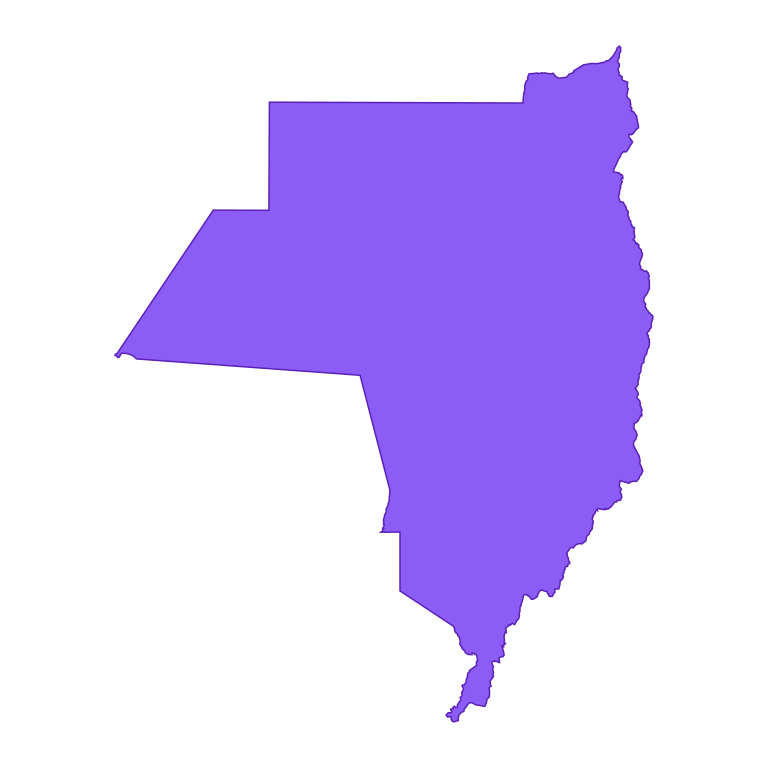 Poman, Catamarca, Argentina
{"feature_id": "61730980B48511689100190", "entity_name": "Poman", "entity_type": "district", "adm_level": 2, "iso_a3": "ARG", "parent_name": "Argentina", "parent_adm1": "Catamarca", "projection": "natural_earth1", "projection_center": [-66.149, -28.302], "detail": "fine", "context": "isolated", "style": "filled", "palette": "violet", "viewbox_px": 768, "rotation_deg": 0, "n_neighbors": 0, "source": "geoboundaries", "source_scale": "gbopen_adm2", "svg_char_len": 6070}
<svg xmlns="http://www.w3.org/2000/svg" viewBox="0 0 768 768"><path d="M476.4,661.8L476.5,665.5L469.4,670.5L469.4,671.8L468.1,672.8L467.4,675.0L467.5,676.8L466.2,679.7L466.3,681.5L464.4,684.9L462.4,685.0L462.0,685.8L463.4,688.5L463.3,689.8L461.7,692.5L462.2,695.6L460.2,697.4L460.8,700.1L457.4,704.7L457.7,705.6L457.1,707.1L455.9,707.5L454.4,706.2L453.1,707.2L453.0,708.8L451.0,708.9L450.7,709.8L451.8,711.6L451.3,712.6L448.2,712.8L446.1,715.0L447.5,717.0L451.2,716.7L451.1,719.1L451.9,719.9L451.8,720.7L453.6,721.9L458.3,720.6L458.3,717.1L459.2,714.8L461.3,712.4L463.8,711.4L464.6,708.4L466.8,706.1L467.3,704.8L469.8,702.6L472.8,703.1L475.3,704.7L484.9,706.4L486.5,702.5L486.9,699.2L488.8,697.6L489.5,696.2L489.5,690.0L489.0,688.5L489.7,686.9L491.1,686.3L490.3,683.9L490.3,680.7L492.8,677.6L492.8,676.5L493.5,676.4L492.9,674.4L493.5,673.1L492.7,668.7L493.5,666.7L492.0,664.2L492.1,662.0L494.4,660.8L494.7,661.4L497.5,661.6L498.5,662.5L499.5,662.6L499.2,658.2L499.6,657.2L503.1,656.6L503.1,655.8L504.0,655.5L503.9,653.0L501.9,645.7L503.6,646.7L504.0,644.1L505.0,644.0L505.5,643.4L504.2,642.6L504.4,639.7L504.0,636.7L505.0,632.5L506.4,632.6L505.9,629.0L506.2,627.7L508.7,625.8L509.1,624.7L510.1,625.3L512.3,623.3L514.6,624.6L517.6,619.6L518.5,619.1L519.5,615.6L518.9,614.2L519.8,612.0L520.1,606.8L521.1,605.8L521.2,603.6L522.1,601.9L523.7,595.3L524.6,594.7L527.6,594.8L527.6,595.6L529.4,596.5L531.2,599.2L533.2,599.2L536.4,597.4L537.5,596.3L537.9,594.3L539.4,591.4L540.0,590.7L542.0,590.2L547.1,591.8L548.8,595.9L550.1,596.6L552.5,596.2L553.6,593.7L554.9,592.3L554.8,589.0L558.8,589.0L559.8,585.1L560.3,580.6L561.4,580.3L561.9,579.0L562.7,578.9L563.4,576.3L562.8,574.9L564.1,572.4L564.0,570.9L565.2,569.1L565.0,567.5L565.7,566.7L567.6,566.4L567.7,564.7L569.7,563.4L569.6,561.9L568.7,561.0L568.2,557.8L566.9,555.7L567.4,554.4L566.6,553.2L570.4,547.8L571.5,547.4L573.4,547.9L574.6,546.1L576.2,544.7L579.3,543.5L581.7,544.0L585.9,540.9L586.8,536.0L589.3,534.1L589.6,532.2L592.3,528.8L592.5,524.8L593.3,523.0L592.8,521.8L593.1,520.8L592.2,519.7L592.9,517.2L592.7,515.7L593.5,515.6L593.7,514.6L595.1,513.3L595.5,511.3L596.6,509.9L597.4,510.5L597.0,509.4L597.7,508.7L604.4,509.7L605.1,508.7L605.6,509.2L605.7,508.7L606.9,509.2L607.3,508.7L608.5,508.8L611.2,506.7L614.7,502.0L616.4,502.1L617.2,500.7L620.5,500.2L621.8,497.3L621.3,494.1L620.2,492.5L620.4,490.9L621.4,489.1L619.2,486.2L620.1,480.7L629.1,483.3L630.4,481.9L633.8,481.2L636.5,481.4L639.1,478.4L639.8,475.9L641.2,474.6L642.7,471.3L642.7,470.4L642.1,470.3L642.2,468.8L639.5,462.7L640.2,461.4L639.1,455.9L633.7,445.9L633.5,443.6L633.8,441.6L635.7,439.5L637.1,434.7L635.8,430.9L634.5,429.6L633.8,427.7L634.3,424.2L634.0,423.3L636.5,422.5L637.8,421.2L640.2,417.0L640.4,415.6L641.9,415.9L641.8,413.6L641.1,412.1L642.1,410.2L639.9,404.4L640.5,403.3L639.5,401.4L639.7,400.7L636.8,397.8L636.9,396.7L638.3,394.7L637.9,392.2L636.5,390.5L636.4,389.6L635.2,388.7L638.3,384.2L637.8,382.6L639.2,377.4L638.8,375.4L640.9,371.3L640.9,367.7L641.6,366.4L641.6,364.2L644.0,362.2L643.7,360.5L645.0,355.8L646.6,353.9L647.3,349.9L649.1,346.7L649.5,342.7L649.1,342.3L649.4,340.7L649.0,339.7L649.4,339.2L648.3,338.1L648.4,335.4L647.5,335.4L646.9,334.3L647.6,332.1L649.3,330.8L649.7,329.1L651.2,327.7L651.4,325.5L651.0,323.8L652.6,319.3L652.9,316.7L652.6,315.3L651.4,315.0L649.6,312.8L648.8,312.9L648.4,311.4L646.2,309.0L646.3,308.2L645.4,307.4L645.3,306.2L645.7,304.1L644.1,302.2L643.6,300.7L644.3,297.3L647.2,293.5L649.4,288.5L649.3,280.0L648.2,278.8L649.2,276.7L649.2,275.4L648.3,274.2L648.5,273.3L646.3,270.9L644.3,271.3L642.5,269.7L640.5,269.2L640.7,266.7L639.6,264.5L639.8,262.0L642.0,256.6L642.5,253.5L641.1,251.3L641.1,249.6L639.0,247.7L638.5,246.4L639.0,245.4L637.1,243.4L636.9,244.1L635.9,243.5L634.9,241.1L633.0,239.8L634.4,238.5L634.9,237.0L634.0,232.7L634.4,231.9L633.9,231.0L634.5,227.8L632.0,226.3L632.0,225.2L630.9,224.1L630.8,221.3L629.2,219.5L628.7,216.4L627.9,215.3L628.3,211.9L627.5,210.4L626.4,209.6L625.9,206.3L625.1,205.9L623.2,202.2L619.9,201.6L619.7,200.0L618.4,196.9L619.3,194.5L619.8,189.6L620.8,187.5L620.1,185.7L621.2,184.5L622.2,181.4L621.2,179.8L621.8,178.1L622.9,178.4L622.6,175.7L621.4,174.4L620.6,174.7L619.0,172.8L618.5,173.3L617.5,172.5L613.6,172.0L613.7,169.7L618.6,159.1L620.5,156.3L620.6,154.8L623.4,151.8L624.2,151.4L625.3,152.1L626.5,151.5L629.2,147.9L630.2,145.2L631.5,144.0L632.6,141.6L630.8,140.1L631.0,139.3L629.2,137.6L628.9,136.4L629.2,134.1L629.8,133.9L631.2,134.8L632.9,133.9L636.0,129.7L638.4,127.9L638.5,125.9L637.2,120.4L637.4,119.5L636.6,118.7L636.8,116.4L633.5,111.7L631.6,111.3L631.7,107.7L630.1,106.0L630.8,104.6L629.8,99.4L628.5,98.9L627.3,97.2L626.7,94.5L627.6,92.7L627.6,90.2L628.3,89.0L627.7,88.4L627.2,85.5L627.7,82.3L622.2,80.0L621.9,79.2L622.4,77.2L622.0,76.6L620.9,76.3L620.4,75.3L619.1,75.4L618.8,74.7L619.2,72.3L618.4,71.3L618.1,68.6L619.3,66.4L619.4,63.9L618.0,62.8L617.6,61.4L619.2,57.1L619.3,54.0L620.7,51.4L620.6,47.4L619.5,46.1L617.2,47.8L616.4,50.5L613.1,55.9L608.3,60.9L606.9,60.6L603.4,62.7L601.6,62.5L600.2,63.2L595.3,63.7L592.0,63.4L583.6,64.8L573.6,70.9L573.6,72.6L569.1,74.1L566.6,77.2L559.7,78.1L557.7,77.8L555.6,76.3L553.1,73.2L550.5,73.9L544.6,72.9L542.4,73.2L541.9,72.7L538.8,73.7L537.7,73.0L529.0,73.9L527.9,76.5L527.7,79.7L526.0,81.5L524.8,85.3L524.6,90.9L523.7,93.4L522.9,103.0L269.4,102.2L268.9,210.3L213.3,210.1L117.3,353.2L115.3,354.4L115.1,355.5L116.2,355.4L117.8,357.5L119.3,357.1L120.8,354.2L122.3,353.1L126.5,353.5L131.1,354.8L135.2,357.4L136.2,358.9L360.1,375.3L389.9,490.1L389.0,501.8L388.2,503.2L388.0,505.4L386.1,509.0L386.3,511.3L385.4,513.8L384.5,514.9L384.4,517.0L383.4,520.0L383.9,523.7L383.4,524.3L384.3,525.4L382.9,527.9L383.7,528.5L382.7,529.1L382.7,530.7L380.8,532.2L400.0,532.1L400.0,590.9L453.5,626.3L454.3,627.8L454.8,631.1L455.7,632.7L457.4,634.0L458.1,636.2L459.2,636.9L460.3,641.5L459.7,643.2L460.0,644.5L461.7,647.0L462.1,648.5L464.6,650.9L465.6,653.0L468.3,654.5L472.1,654.6L472.1,652.8L474.1,653.5L474.9,654.5L475.9,654.4L476.7,655.3L477.5,659.7L477.5,660.7L476.4,661.8Z" fill="#8b5cf6" stroke="#5b21b6" stroke-width="1.5"/></svg>